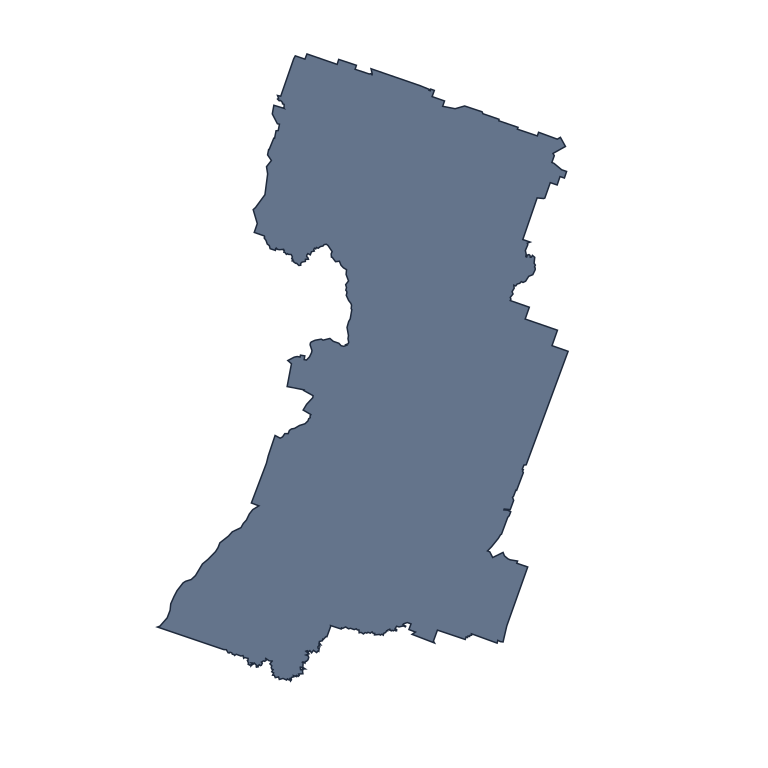 outline of Pyrenees, Victoria, Australia, rotated 11°
{"feature_id": "25037944B34836506967909", "entity_name": "Pyrenees", "entity_type": "district", "adm_level": 2, "iso_a3": "AUS", "parent_name": "Australia", "parent_adm1": "Victoria", "projection": "natural_earth1", "projection_center": [143.347, -37.328], "detail": "fine", "context": "isolated", "style": "filled", "palette": "slate", "viewbox_px": 768, "rotation_deg": 11, "n_neighbors": 0, "source": "geoboundaries", "source_scale": "gbopen_adm2", "svg_char_len": 6146}
<svg xmlns="http://www.w3.org/2000/svg" viewBox="0 0 768 768"><g transform="rotate(11 384 384)"><path d="M277.4,675.3L279.9,674.9L282.3,677.6L283.6,677.5L284.0,676.7L285.8,676.9L286.7,678.2L288.2,678.1L289.1,679.0L290.5,677.5L295.5,678.3L297.4,677.5L298.6,680.0L299.4,679.1L303.0,679.3L303.2,681.0L302.6,681.4L304.2,683.8L304.1,685.0L305.7,685.6L307.1,685.0L307.2,686.1L308.6,684.2L306.9,683.1L308.6,682.9L309.6,683.6L310.0,682.7L313.2,684.9L312.4,685.4L312.8,686.3L314.5,685.6L314.1,684.9L315.1,683.3L316.3,684.1L317.3,683.5L317.8,681.3L316.7,680.4L318.7,678.7L319.8,679.0L321.0,677.8L321.2,676.6L320.2,676.4L320.3,675.9L323.7,677.5L326.3,677.6L327.4,676.8L325.4,680.5L327.6,682.0L327.4,684.0L328.3,685.3L329.6,685.5L328.7,687.9L330.8,688.6L330.2,691.1L331.9,690.9L333.3,693.0L336.4,691.7L337.6,694.0L341.1,692.3L344.9,693.2L345.4,691.9L347.2,692.6L347.8,691.3L348.9,693.4L349.6,692.0L348.9,690.8L349.6,689.4L351.3,688.7L350.7,687.5L353.7,687.9L353.4,687.1L353.8,686.7L355.5,687.4L356.4,686.3L355.6,685.0L359.7,683.9L358.7,681.1L359.0,680.0L356.6,680.4L355.8,678.0L356.5,677.7L359.2,679.1L361.0,678.7L358.4,677.7L357.8,673.1L357.0,672.7L357.5,672.2L359.7,673.1L359.7,671.4L360.8,671.0L362.0,669.2L362.3,666.7L361.4,665.3L359.1,664.9L361.9,663.2L358.3,661.2L359.6,660.4L361.2,661.2L362.1,659.9L364.2,661.7L365.6,658.9L369.1,660.5L370.3,658.5L371.0,658.8L370.8,655.5L369.8,656.0L369.2,654.8L369.9,653.4L370.9,653.6L369.9,651.9L371.6,652.0L369.7,650.2L369.7,649.1L372.5,647.8L372.5,646.2L373.1,646.4L375.2,643.1L376.2,643.0L377.9,632.2L377.6,631.3L388.7,632.7L388.8,631.5L390.0,631.8L392.7,629.8L395.9,631.1L397.8,630.2L401.6,630.8L403.5,629.6L404.7,630.5L406.3,630.2L407.1,633.0L408.9,632.2L411.5,633.3L412.9,631.6L414.7,631.8L415.6,630.8L418.1,631.2L419.6,629.6L421.0,630.9L422.5,630.6L422.6,632.1L427.4,630.7L428.3,631.2L429.7,630.0L431.2,630.7L431.4,628.7L433.0,627.7L433.7,625.7L434.7,625.6L434.6,624.9L436.4,623.6L436.8,624.6L437.7,624.4L438.2,625.0L439.4,624.2L440.3,624.5L441.9,623.0L442.4,624.0L443.4,623.9L443.4,622.8L441.6,621.9L442.6,619.4L445.1,619.6L449.2,617.8L451.3,618.3L451.5,617.6L448.5,616.6L448.9,615.7L452.4,613.7L456.3,614.3L455.3,620.3L462.2,621.5L459.3,624.4L483.0,628.6L481.6,626.9L483.4,615.4L512.5,619.3L512.9,616.6L514.4,616.9L514.6,615.3L516.2,615.5L516.3,614.4L517.9,613.9L517.5,612.5L544.5,616.8L544.6,613.9L547.4,614.7L550.1,614.5L550.7,598.0L560.0,536.2L548.5,534.6L548.9,532.3L541.3,532.5L539.1,532.0L535.0,529.7L533.0,526.6L523.8,533.6L519.9,528.6L517.4,528.1L520.6,523.3L525.7,513.7L527.1,509.8L528.0,509.0L530.9,491.3L532.0,489.5L532.8,485.2L529.5,484.3L525.7,484.7L525.8,483.8L531.9,483.2L533.5,473.5L531.8,470.8L532.6,469.4L533.7,463.0L534.5,463.1L537.7,444.4L536.6,443.1L537.1,441.5L536.0,441.2L536.8,436.9L539.0,436.2L558.5,316.8L541.6,314.3L544.0,298.1L510.2,293.3L512.0,280.9L492.0,278.0L492.4,276.5L491.4,274.9L493.5,271.0L492.1,269.0L493.5,265.2L492.6,262.3L494.6,262.6L495.7,260.4L498.0,259.3L499.3,257.3L501.1,257.8L503.4,256.1L505.5,250.7L509.2,248.3L510.6,243.0L510.3,241.3L509.4,240.4L509.9,238.4L508.3,236.8L507.8,230.9L505.1,229.4L504.5,231.3L503.4,231.7L502.8,229.9L501.6,229.3L500.1,230.1L499.8,232.1L498.9,231.9L498.8,229.5L497.3,226.0L498.6,219.8L497.8,218.5L500.4,216.8L492.7,215.7L498.8,172.1L505.3,171.5L506.4,170.8L508.8,154.6L516.0,155.6L517.2,146.8L521.8,147.4L522.7,140.5L517.5,139.8L508.8,135.0L506.5,134.5L507.6,127.4L505.9,125.4L516.8,116.2L510.1,108.2L507.4,110.6L487.7,107.4L487.2,111.2L466.3,108.4L466.6,106.5L446.5,103.7L446.4,102.2L429.5,99.8L428.4,98.1L410.1,95.7L401.3,100.2L389.1,100.2L388.6,100.2L389.4,94.6L376.4,92.7L377.4,86.2L373.6,85.6L373.4,87.3L372.1,87.1L372.3,86.2L362.7,84.3L311.1,77.0L313.4,82.1L313.2,82.8L311.8,81.9L310.4,82.5L295.6,80.6L296.1,76.4L277.6,74.0L277.0,79.2L245.4,74.7L244.4,80.2L234.3,78.8L233.3,82.0L227.7,121.2L224.4,121.1L226.0,123.6L225.1,124.6L227.1,126.0L227.8,125.4L229.3,126.0L230.7,127.2L230.9,128.3L232.6,128.6L233.1,131.3L232.6,131.9L233.3,132.5L222.7,131.4L222.8,140.2L229.7,148.9L231.8,148.9L231.8,155.4L229.7,156.0L229.7,163.7L228.9,163.7L226.5,175.8L226.0,175.9L226.0,181.3L230.8,186.1L227.2,193.1L229.7,200.0L231.0,220.9L224.2,235.3L222.3,237.8L229.0,250.7L227.7,260.0L238.2,261.5L238.8,262.5L238.5,263.5L240.8,265.6L242.7,268.9L245.0,270.0L246.4,272.9L251.9,273.6L251.8,271.9L252.5,272.0L252.5,271.3L253.9,272.2L255.9,272.1L259.6,271.0L259.8,271.8L260.6,271.8L260.6,273.8L261.9,273.9L263.4,275.4L264.4,274.5L265.2,275.0L268.2,274.6L269.8,276.7L269.5,278.6L270.7,279.0L270.3,280.6L271.6,280.5L271.7,281.2L274.2,282.4L275.2,282.2L277.8,283.9L279.6,283.3L279.2,281.5L280.4,279.9L283.4,278.7L283.1,276.6L286.0,276.0L285.1,274.4L283.8,273.7L283.6,272.2L284.4,270.5L287.0,271.3L287.6,268.0L290.2,266.8L289.4,265.6L289.8,264.0L291.2,264.4L291.6,262.9L293.5,263.3L295.4,261.2L297.8,260.2L298.6,258.6L300.8,257.8L302.6,258.7L307.8,263.9L307.3,266.4L308.2,269.5L309.0,269.5L313.1,273.2L316.8,272.0L319.1,275.6L322.0,277.7L325.4,278.9L325.9,283.7L329.5,289.6L327.4,293.8L328.8,296.5L328.6,299.2L329.7,300.1L330.2,301.6L330.0,304.1L333.3,308.7L336.1,311.2L337.1,312.8L337.4,316.4L338.2,317.1L338.4,326.5L337.4,329.4L336.9,335.5L339.9,343.3L340.0,346.4L341.4,349.8L341.1,351.3L339.0,352.7L339.9,353.1L337.3,354.7L334.6,354.6L331.9,352.6L326.1,351.8L322.2,349.6L315.8,352.6L313.9,351.9L308.0,354.2L304.6,356.6L303.9,357.8L304.0,359.7L306.9,364.9L306.9,367.0L305.7,371.6L303.3,375.3L301.0,375.3L300.9,371.5L296.5,371.6L296.5,373.5L293.5,373.6L290.7,374.8L285.1,379.3L289.3,381.8L289.4,405.0L306.7,405.0L306.4,405.7L316.6,409.0L316.7,411.0L311.9,418.7L309.6,425.0L318.1,428.0L317.5,429.5L318.0,431.1L316.7,432.5L316.4,434.7L314.0,438.1L309.0,440.8L304.7,444.6L301.7,445.8L300.0,447.6L299.4,451.0L296.1,451.6L294.5,455.3L292.4,457.0L286.9,455.3L284.1,476.5L283.7,484.2L276.5,526.1L284.4,527.5L279.1,532.4L276.6,537.3L274.9,543.8L272.5,547.7L271.0,552.3L263.3,558.0L260.4,562.9L253.2,571.2L252.3,576.3L250.6,580.7L244.7,589.7L240.1,595.3L235.5,608.0L232.1,612.7L226.9,615.5L224.7,617.6L220.3,626.3L218.4,632.7L216.6,640.5L217.2,646.9L215.8,654.9L210.2,664.5L208.0,665.8L277.4,675.3Z" fill="#64748b" stroke="#1e293b" stroke-width="1.5"/></g></svg>